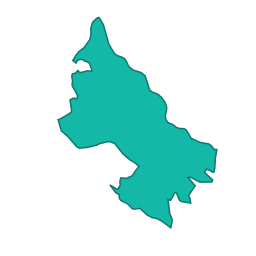 Utrecht, Robinson projection, rotated 229°
{"feature_id": "NLD-3484", "entity_name": "Utrecht", "entity_type": "Province", "adm_level": 1, "iso_a3": "NLD", "parent_name": "Netherlands", "parent_adm1": "", "projection": "robinson", "projection_center": [5.188, 52.113], "detail": "fine", "context": "isolated", "style": "filled", "palette": "teal", "viewbox_px": 256, "rotation_deg": 229, "n_neighbors": 0, "source": "natural_earth", "source_scale": "10m", "svg_char_len": 2234}
<svg xmlns="http://www.w3.org/2000/svg" viewBox="0 0 256 256"><g transform="rotate(229 128 128)"><path d="M180.0,80.6L179.9,80.7L178.5,86.7L177.6,91.9L177.1,95.3L178.4,97.1L187.2,102.6L186.7,105.6L185.9,106.9L184.3,107.9L183.9,108.3L183.7,108.9L185.2,111.0L190.9,112.5L195.9,113.4L197.6,114.4L199.8,116.9L200.7,117.6L202.7,118.6L204.6,120.3L205.2,121.0L205.2,122.0L204.0,123.9L204.0,125.9L204.2,127.0L204.2,127.6L204.2,128.0L201.5,127.8L199.7,130.9L198.2,134.2L197.5,135.2L196.4,136.3L194.5,137.5L194.9,138.2L195.4,138.7L202.2,141.4L204.4,140.8L206.9,139.2L207.7,139.0L208.7,138.9L209.7,138.4L210.6,137.5L211.6,136.0L212.0,134.8L212.1,133.6L211.1,131.3L215.1,130.6L217.1,136.8L217.4,138.5L217.9,140.3L217.5,147.7L219.7,157.0L222.8,161.3L227.8,165.5L229.4,168.2L230.5,169.6L230.9,170.9L231.3,172.5L231.2,177.3L230.3,178.7L222.1,177.2L203.4,168.4L193.0,166.6L189.9,167.3L185.1,170.0L182.9,170.8L180.1,170.7L173.8,168.9L168.4,169.9L161.3,174.2L156.2,175.2L142.6,169.3L139.0,169.9L134.6,172.5L128.8,173.4L125.2,173.0L122.8,172.7L118.3,170.8L116.0,168.6L112.6,164.0L109.7,162.2L106.3,161.7L104.1,162.5L101.9,163.9L96.4,165.0L94.2,166.3L90.7,169.9L88.3,170.7L78.2,168.9L77.7,169.4L69.9,172.9L63.1,178.4L60.6,179.2L55.1,179.0L53.5,180.9L48.2,174.5L40.4,166.7L38.3,163.8L39.1,162.9L40.6,162.5L42.4,161.8L45.5,160.3L44.4,156.6L33.3,157.8L32.2,155.9L40.0,146.7L49.5,143.0L51.3,140.9L40.3,140.8L37.3,129.4L33.6,128.3L30.2,126.0L31.7,124.8L37.5,120.0L38.7,119.7L40.0,119.4L40.8,119.9L41.6,120.2L42.8,120.4L46.8,121.9L47.8,121.7L48.3,121.2L48.4,120.4L48.0,119.4L46.5,116.0L45.5,112.6L47.7,111.2L35.9,103.3L30.6,101.6L29.1,100.5L27.9,99.2L24.7,94.8L36.0,92.3L40.9,90.3L44.6,87.4L49.9,85.3L59.5,84.3L62.9,79.2L63.7,78.7L64.8,78.2L67.0,78.3L71.7,77.7L77.7,75.1L79.4,75.1L80.9,75.6L82.1,76.3L83.2,77.7L87.1,76.3L96.9,77.0L89.5,79.3L88.3,80.7L89.2,82.1L89.5,83.0L89.8,84.2L90.2,84.8L90.7,85.3L91.4,85.6L92.2,86.2L92.8,86.7L93.3,87.3L93.9,88.0L95.1,89.9L91.0,93.7L89.2,100.0L90.6,104.7L91.9,111.2L98.2,110.1L102.5,108.6L111.7,107.2L125.1,107.8L129.9,105.2L131.7,102.4L133.3,99.2L134.7,96.9L135.5,93.3L140.5,83.8L144.8,78.0L145.9,77.6L147.8,77.0L161.4,77.0L169.6,75.8L179.4,80.4L180.0,80.6Z" fill="#14b8a6" stroke="#0f766e" stroke-width="1.5"/></g></svg>